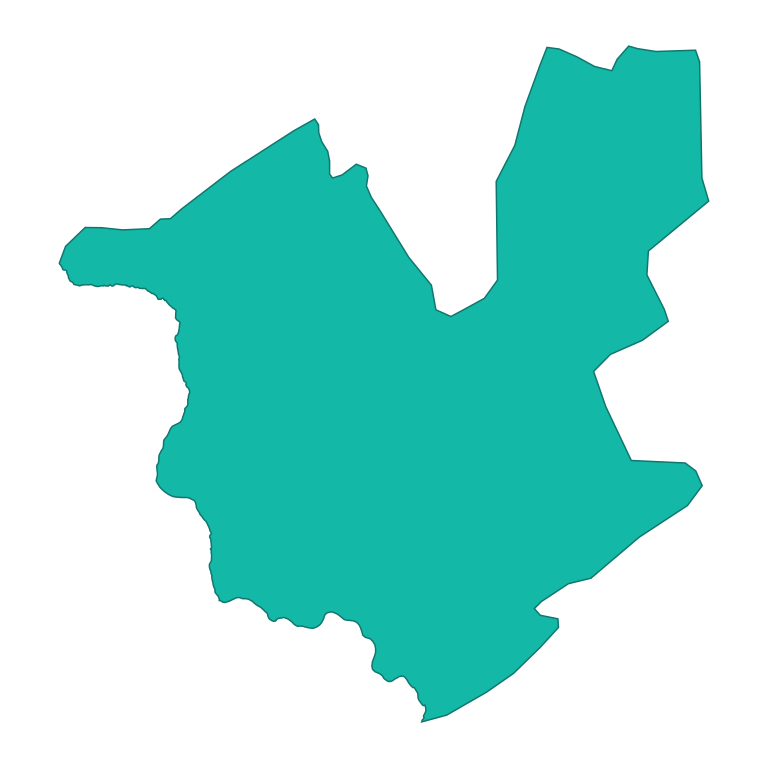 Toledo, Canelones, Uruguay
{"feature_id": "84410073B33780551405566", "entity_name": "Toledo", "entity_type": "district", "adm_level": 2, "iso_a3": "URY", "parent_name": "Uruguay", "parent_adm1": "Canelones", "projection": "mercator", "projection_center": [-56.115, -34.726], "detail": "fine", "context": "isolated", "style": "filled", "palette": "teal", "viewbox_px": 768, "rotation_deg": 0, "n_neighbors": 0, "source": "geoboundaries", "source_scale": "gbopen_adm2", "svg_char_len": 6078}
<svg xmlns="http://www.w3.org/2000/svg" viewBox="0 0 768 768"><path d="M708.7,201.1L701.9,178.0L699.6,61.9L695.5,50.2L655.9,51.5L637.4,48.6L628.7,46.1L617.2,59.2L611.8,70.7L594.6,66.5L577.0,56.9L559.1,49.0L547.0,47.4L540.0,65.2L525.0,106.4L514.8,145.4L496.2,181.4L497.5,280.1L484.4,298.3L465.3,308.8L450.9,316.5L435.9,309.8L431.4,285.2L408.8,257.4L380.7,211.8L371.3,197.3L366.4,186.0L368.0,175.8L366.0,168.2L356.3,164.2L342.0,175.0L332.5,178.0L329.6,174.0L329.6,161.1L327.7,151.3L321.8,141.9L318.8,132.9L318.5,124.7L314.7,119.0L293.9,130.7L230.7,171.3L181.9,208.7L170.4,218.7L160.4,219.1L149.4,228.7L122.6,229.9L101.4,227.7L85.2,227.5L65.6,246.3L59.3,263.2L59.8,264.2L60.6,265.0L61.2,265.9L61.8,266.8L62.3,267.8L62.6,269.1L63.2,269.8L64.5,270.0L65.5,270.0L66.2,270.4L66.8,271.4L66.8,272.3L67.1,273.5L67.6,274.5L68.2,275.5L68.5,277.9L69.1,278.8L69.7,280.4L70.8,281.4L71.6,281.8L72.6,282.3L73.3,283.1L73.7,284.1L74.7,284.7L75.7,284.8L76.8,285.0L78.3,285.5L79.4,285.8L80.7,285.5L81.9,285.1L83.3,284.9L84.7,284.8L89.6,284.8L90.9,284.4L93.2,285.3L94.6,285.9L96.1,286.3L97.6,286.5L99.4,286.3L101.8,285.6L103.1,286.0L104.0,285.3L104.9,285.8L107.8,286.1L108.6,286.0L109.3,285.3L109.9,284.8L110.8,285.2L111.8,286.0L112.7,286.0L113.6,285.8L114.3,284.9L115.2,284.5L115.9,284.0L116.4,284.0L117.5,284.0L118.8,284.5L120.0,284.5L121.2,284.8L123.2,285.0L124.4,284.9L125.0,284.9L125.8,285.3L126.9,286.0L127.3,285.5L128.0,286.0L128.7,286.6L130.1,287.0L130.8,286.3L131.7,285.8L132.5,286.0L133.4,286.4L134.4,287.3L135.7,287.7L137.1,287.5L137.7,287.4L138.4,287.5L139.0,288.0L139.9,288.4L141.2,288.4L142.3,288.5L143.4,288.5L144.6,288.4L145.9,289.0L146.6,289.7L147.8,291.0L148.9,291.3L150.4,292.4L152.0,293.5L153.0,293.4L153.8,294.1L154.4,294.4L155.2,294.9L156.2,295.8L157.2,297.1L157.6,298.4L158.3,299.3L159.7,299.3L161.1,299.2L161.8,298.2L162.9,298.2L163.5,298.6L163.7,299.4L164.6,299.8L164.8,300.5L166.1,300.7L167.0,302.1L169.1,304.7L170.2,305.7L171.9,307.1L172.7,308.0L174.6,309.0L175.5,309.8L176.0,310.8L175.7,314.3L175.7,316.3L175.5,317.8L176.6,319.6L178.7,321.3L179.7,321.9L180.1,323.0L179.6,324.2L179.5,325.6L179.0,330.1L178.3,332.9L177.5,334.7L175.8,335.9L175.1,337.7L175.3,340.3L176.2,341.8L177.2,343.1L177.2,345.3L177.5,348.2L177.8,349.7L178.3,352.5L178.4,353.8L178.8,355.0L179.4,356.3L179.2,357.9L178.8,359.6L179.1,361.6L179.0,364.0L179.0,366.3L179.0,368.1L179.7,369.8L180.5,371.2L181.4,372.8L182.3,374.7L182.5,376.5L183.3,379.1L184.0,381.1L185.8,382.2L186.2,383.7L185.8,385.0L186.6,386.1L187.2,387.3L188.4,388.0L189.5,390.7L189.7,392.3L188.7,395.1L188.4,396.7L188.2,398.7L187.7,399.6L187.8,401.1L187.9,404.0L187.3,406.1L185.6,407.8L184.9,408.5L184.8,410.1L184.7,412.1L184.0,413.2L183.6,414.9L182.7,417.2L182.4,418.5L181.8,420.1L180.3,422.1L178.3,423.4L175.9,424.5L172.2,426.4L171.3,427.5L170.1,429.5L169.2,431.7L167.6,435.2L166.4,436.9L164.1,439.7L163.7,440.8L163.4,446.7L162.6,448.9L161.3,450.7L160.2,453.0L159.3,454.6L159.0,455.9L158.8,457.6L158.9,459.0L158.7,460.4L158.5,462.4L158.0,463.9L157.3,464.5L156.7,466.1L156.9,467.3L156.9,468.9L157.1,470.2L157.2,471.5L157.5,473.5L157.2,476.5L156.4,479.4L156.2,480.9L157.7,483.7L158.6,485.0L159.7,486.9L160.9,488.3L162.3,489.7L163.9,491.1L165.6,492.4L167.0,493.4L168.7,494.5L171.0,495.7L173.0,496.5L175.6,497.0L181.5,497.5L184.1,497.5L185.6,497.5L187.2,497.6L189.0,497.9L193.8,500.3L194.8,501.2L195.3,502.1L195.5,502.8L196.1,504.9L196.4,505.5L196.2,506.6L196.4,507.4L196.8,508.6L197.2,509.2L197.9,510.5L198.6,511.5L199.4,512.7L200.1,514.5L202.7,517.5L203.2,518.5L203.9,519.3L204.6,520.1L205.5,520.8L206.2,521.8L206.9,522.8L207.9,525.2L208.6,526.5L209.1,527.7L209.6,529.1L209.9,530.4L210.5,531.5L211.1,532.9L211.3,533.9L210.8,534.6L210.1,535.1L209.7,536.1L209.7,537.3L210.8,539.2L210.9,540.5L210.9,541.9L211.2,543.0L211.3,544.1L211.3,545.3L211.6,546.7L211.2,548.3L210.5,548.8L210.6,549.5L211.4,550.2L211.2,551.6L211.2,552.6L211.6,555.0L211.6,556.4L211.4,559.6L211.3,560.7L211.0,561.7L210.0,563.1L209.4,564.4L209.4,566.7L209.6,568.2L210.9,571.9L211.1,573.5L211.8,575.4L211.8,577.2L212.2,580.0L212.9,582.6L213.2,584.8L213.9,587.1L214.8,588.8L215.0,590.7L215.0,592.1L216.5,594.3L218.0,595.9L219.3,599.0L219.2,600.5L220.1,600.5L221.1,601.0L222.5,602.0L223.5,602.3L225.3,602.5L227.1,601.8L229.2,601.2L235.4,598.2L237.2,597.6L239.9,597.6L242.2,598.6L244.3,598.7L245.9,598.7L248.5,599.2L250.1,600.1L251.8,601.0L252.9,601.8L254.8,603.6L256.6,605.0L259.0,606.4L261.0,607.5L262.2,608.7L263.8,610.1L265.3,611.7L267.0,613.0L267.6,614.3L267.8,615.5L268.2,616.9L268.8,618.2L269.3,618.9L270.7,619.9L272.2,620.8L273.4,621.2L275.2,621.2L276.1,620.4L276.5,619.6L277.7,618.6L279.6,618.2L281.9,618.0L283.4,617.4L285.4,618.0L287.1,618.6L288.8,619.6L290.4,620.7L291.9,621.9L293.8,624.0L295.7,625.4L297.8,626.3L299.4,626.1L302.9,626.2L304.9,626.9L307.7,627.6L312.1,628.3L314.0,628.0L316.0,627.2L318.0,626.2L320.0,624.6L321.5,622.8L322.5,620.9L323.6,618.8L324.1,617.0L325.0,614.7L326.8,613.0L329.3,612.2L332.0,611.9L334.0,612.6L336.7,613.7L338.4,614.8L341.7,617.4L343.6,619.1L345.7,620.0L349.4,620.4L353.2,620.8L356.6,622.2L359.2,625.0L360.5,627.7L361.9,631.7L362.8,635.2L365.3,637.3L370.1,638.7L372.9,641.4L374.9,644.8L375.6,648.5L375.6,652.6L374.4,656.5L372.4,661.8L371.9,666.1L372.6,669.4L375.0,671.7L377.3,672.7L379.8,673.8L382.5,675.9L383.8,678.3L385.7,679.9L388.2,681.4L390.6,681.5L392.9,680.5L394.7,679.0L397.3,677.8L399.2,676.5L401.7,676.1L403.6,676.2L405.6,678.0L407.3,680.4L408.7,682.9L410.0,684.6L411.1,685.9L412.9,687.6L414.2,687.6L415.1,688.8L416.2,690.7L417.8,693.3L418.1,698.1L418.7,699.7L420.0,701.7L421.5,703.7L422.8,705.3L423.9,705.6L424.7,705.2L425.3,706.1L425.6,707.6L425.9,709.9L425.6,711.7L424.7,713.6L423.9,715.1L423.5,716.3L424.0,717.5L423.5,718.7L422.3,720.0L421.7,721.9L446.7,715.1L486.8,692.0L513.5,673.4L540.0,647.6L558.5,627.4L557.9,618.8L540.3,615.3L534.3,608.6L541.3,601.6L568.4,583.7L590.9,578.2L639.3,537.1L687.5,505.5L702.2,485.7L695.8,471.0L685.2,463.0L631.3,460.5L605.7,406.5L593.6,371.4L610.5,354.3L642.4,340.3L668.3,321.3L664.3,309.4L646.9,274.9L648.4,251.0L708.7,201.1Z" fill="#14b8a6" stroke="#0f766e" stroke-width="1.5"/></svg>